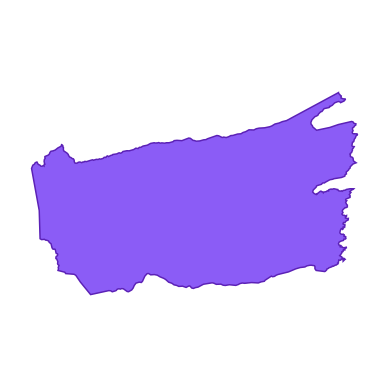 the district of São Desidério, Bahia, Brazil, rotated 184°
{"feature_id": "56859067B26538117182500", "entity_name": "São Desidério", "entity_type": "district", "adm_level": 2, "iso_a3": "BRA", "parent_name": "Brazil", "parent_adm1": "Bahia", "projection": "orthographic", "projection_center": [-45.646, -12.88], "detail": "fine", "context": "isolated", "style": "filled", "palette": "violet", "viewbox_px": 384, "rotation_deg": 184, "n_neighbors": 0, "source": "geoboundaries", "source_scale": "gbopen_adm2", "svg_char_len": 5871}
<svg xmlns="http://www.w3.org/2000/svg" viewBox="0 0 384 384"><g transform="rotate(184 192 192)"><path d="M39.1,170.7L39.0,171.6L38.5,172.2L37.3,172.0L36.7,173.3L35.7,174.2L34.4,174.8L34.2,175.7L34.2,176.6L35.5,176.3L36.2,176.7L37.1,176.7L37.2,177.7L36.2,178.6L36.2,179.3L37.3,178.7L38.4,179.4L39.8,179.4L40.8,180.2L40.8,180.9L39.9,181.9L40.8,183.5L40.3,184.8L38.2,187.1L37.5,187.0L36.0,187.9L36.1,189.8L36.8,190.3L38.0,192.3L37.1,194.0L37.8,194.0L38.2,195.3L37.7,195.8L34.0,197.6L33.9,198.2L34.3,198.6L34.0,199.3L34.9,200.4L33.5,202.6L34.1,202.7L34.7,203.2L33.2,204.9L31.2,206.0L30.8,206.5L34.4,206.3L38.3,205.3L39.0,204.6L41.2,204.1L42.3,203.2L42.9,203.6L44.2,203.2L45.9,203.5L46.8,204.7L47.4,204.4L48.1,204.8L50.2,205.1L51.3,205.0L52.6,204.4L53.4,204.7L55.5,203.9L56.0,203.3L55.9,202.6L57.2,202.6L58.0,201.8L60.6,201.1L61.0,200.4L61.5,201.2L63.0,201.4L63.4,201.9L64.1,201.6L66.5,199.4L67.4,199.0L67.2,198.4L67.9,198.1L70.2,199.1L71.6,200.4L71.2,202.4L68.5,205.5L68.2,206.7L67.1,207.3L63.4,208.7L62.5,209.9L61.9,210.2L60.4,210.3L60.0,210.8L55.4,213.8L52.3,214.6L51.6,215.1L43.9,216.9L40.7,218.4L40.4,220.0L39.2,220.8L39.6,222.6L37.4,224.8L37.1,225.7L35.9,227.0L36.0,228.1L33.3,231.2L30.3,232.6L32.7,234.0L33.2,234.6L33.7,237.0L34.5,237.8L36.3,238.3L36.7,239.0L36.5,240.1L37.1,240.7L36.8,241.5L35.6,242.4L34.8,245.1L35.1,245.7L34.8,246.4L34.1,247.1L33.4,248.6L35.2,248.7L35.7,249.4L35.4,252.8L34.4,253.3L34.1,253.8L33.8,255.9L32.8,257.4L32.3,259.3L31.7,260.0L31.1,260.3L31.0,260.9L31.4,261.5L35.0,261.4L35.9,261.7L36.3,262.5L36.2,263.4L35.6,264.3L36.3,265.8L36.3,267.1L35.2,267.9L34.0,269.8L33.4,270.0L33.2,271.4L35.3,271.9L36.3,273.2L37.7,273.5L50.7,269.5L59.0,266.0L72.0,262.3L76.1,265.4L76.6,266.6L77.8,267.8L78.3,269.4L77.4,272.4L74.7,275.7L72.7,276.7L71.6,277.6L71.3,278.6L69.3,280.9L68.0,281.4L66.0,284.4L61.2,285.8L60.7,286.2L60.7,287.0L60.0,287.1L58.1,288.3L56.0,290.8L53.4,292.1L52.2,292.5L50.7,292.2L50.0,291.5L46.6,293.4L46.5,293.9L45.5,294.8L45.7,295.5L47.8,295.5L49.9,296.2L49.8,298.2L50.5,298.3L51.3,299.5L52.7,300.6L52.8,301.4L102.7,269.8L106.8,268.5L109.9,266.9L114.0,265.6L117.1,263.4L119.1,262.5L124.1,261.1L129.5,260.4L132.3,259.6L134.6,258.2L139.5,258.0L142.7,255.9L145.3,254.9L147.2,253.5L150.6,253.0L155.1,251.3L157.2,251.0L159.3,249.7L161.7,248.7L164.3,249.0L164.9,248.6L166.0,248.6L169.2,249.9L171.1,250.1L180.5,246.1L181.5,245.3L184.2,244.8L187.8,243.5L191.3,243.0L193.7,243.6L194.5,243.5L197.3,245.4L199.0,245.6L205.7,242.5L210.6,242.5L213.4,242.0L214.4,240.9L218.4,239.5L221.2,239.3L222.5,238.8L225.5,238.9L227.2,238.5L228.6,239.0L230.1,238.5L232.3,238.3L233.1,238.5L236.7,237.6L239.8,235.6L244.1,234.4L246.1,233.0L247.6,232.9L248.8,231.6L251.1,231.8L253.1,230.3L257.5,228.7L259.9,228.6L263.7,227.6L264.7,226.4L265.9,225.7L267.1,226.0L268.0,225.8L269.6,224.8L273.6,223.9L274.1,223.3L275.6,222.8L277.7,221.5L278.7,222.1L279.7,221.6L280.3,220.5L282.0,220.5L282.9,219.4L285.4,218.4L286.6,218.6L287.9,217.9L289.8,217.9L292.5,216.8L293.2,217.2L294.4,216.9L299.5,214.9L301.0,215.1L302.1,214.3L302.8,214.4L304.0,213.6L305.9,214.1L307.6,213.7L308.1,213.1L309.1,212.7L310.6,212.6L311.5,213.8L311.8,215.6L312.6,216.8L313.4,216.8L315.3,218.0L316.6,218.4L317.9,220.2L318.0,220.8L319.4,222.1L322.7,224.0L323.2,225.0L323.4,227.6L324.1,228.1L324.0,229.0L324.6,229.8L325.4,230.1L325.8,228.5L328.9,226.6L331.4,224.3L333.6,223.3L335.6,222.8L336.4,221.7L337.0,219.8L338.1,218.7L341.1,217.2L341.3,216.7L340.8,215.4L341.5,214.2L341.7,212.3L341.3,211.1L341.4,210.6L340.7,209.5L341.6,208.6L341.5,207.6L342.2,208.0L343.4,207.2L344.5,207.2L345.6,208.2L347.3,208.8L348.8,211.1L350.4,210.3L351.2,208.7L352.7,207.6L353.7,204.3L343.1,162.8L340.3,134.8L338.7,134.0L336.0,134.5L334.4,133.7L333.8,133.8L331.7,133.2L330.9,131.8L329.0,130.5L327.8,126.7L327.0,125.5L326.4,125.3L324.8,125.4L324.4,125.1L323.4,121.8L323.1,121.2L321.9,121.0L321.6,120.3L321.8,119.1L323.0,118.2L323.2,116.9L323.1,116.1L322.4,115.9L321.0,113.2L321.1,111.1L320.7,110.3L319.6,109.6L320.2,107.2L319.8,106.1L320.2,104.4L313.3,103.1L312.3,101.8L303.9,101.7L302.1,100.8L297.0,94.3L286.0,82.6L268.2,87.8L266.3,87.8L264.6,86.9L261.4,88.1L260.7,88.5L259.8,89.8L258.1,90.4L256.8,90.1L255.5,90.7L253.8,90.7L249.7,88.2L248.3,88.1L245.3,90.1L244.0,92.1L243.1,94.7L241.5,97.2L238.3,98.4L236.3,98.2L235.6,98.9L235.1,99.6L233.2,104.7L231.2,107.3L230.3,107.6L229.5,107.6L227.4,106.5L223.8,107.0L220.8,106.6L218.1,105.2L214.2,103.9L212.2,102.9L209.0,100.4L205.8,99.6L203.4,98.1L200.9,97.8L198.6,96.9L194.9,97.4L191.2,96.4L188.9,97.9L187.8,98.1L187.2,97.8L185.6,96.2L183.9,95.9L181.8,96.9L179.4,97.5L174.1,100.8L165.6,102.8L164.0,102.6L161.4,101.6L156.7,102.1L154.5,101.2L152.3,101.1L148.3,102.1L141.8,101.9L139.0,103.1L138.2,103.8L135.6,104.7L133.1,104.6L126.3,105.8L119.5,105.9L117.0,107.1L113.6,108.0L112.9,109.1L107.0,113.6L105.7,113.1L103.8,113.6L102.3,114.8L100.5,115.7L90.2,119.0L83.1,122.6L78.8,124.2L74.1,125.1L72.3,126.3L69.9,127.0L68.1,127.3L64.7,127.0L64.2,126.3L64.0,124.0L62.7,122.4L54.1,121.9L53.5,122.2L52.2,123.7L52.1,124.5L50.7,125.3L50.2,125.9L47.2,127.2L46.9,127.8L45.8,127.8L43.8,129.1L43.2,129.1L41.2,130.7L41.7,131.3L41.0,132.1L40.9,134.3L39.2,134.3L38.6,134.8L38.4,135.4L37.0,135.8L36.6,135.1L36.4,133.5L35.2,134.9L35.5,135.5L34.7,135.6L35.2,136.2L37.2,136.6L37.7,137.0L38.0,137.7L40.2,138.8L38.5,141.2L38.3,142.8L37.7,142.7L37.2,143.2L37.3,143.8L36.7,144.2L36.9,145.0L36.1,145.3L35.5,145.0L35.3,146.2L34.1,147.1L34.3,147.7L36.4,147.0L37.7,147.1L38.6,147.9L39.2,147.5L40.4,147.7L40.4,148.4L39.9,149.0L41.6,149.3L42.3,150.6L41.7,152.3L40.1,153.3L37.5,154.3L37.3,155.5L35.6,155.8L35.2,156.5L35.7,157.2L35.4,157.9L36.3,158.5L37.2,158.3L37.2,159.9L37.8,160.0L38.2,160.5L39.5,160.2L40.4,160.4L41.4,161.2L41.7,161.8L41.3,164.2L40.5,165.9L39.9,166.0L39.3,165.2L38.5,165.9L38.9,166.3L38.7,167.7L37.3,167.5L37.1,169.9L38.4,170.2L39.1,170.7Z" fill="#8b5cf6" stroke="#5b21b6" stroke-width="1.5"/></g></svg>